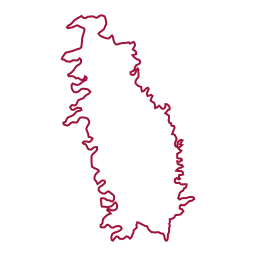 outline of Presidente Juscelino, Minas Gerais, Brazil
{"feature_id": "56859067B65313354012755", "entity_name": "Presidente Juscelino", "entity_type": "district", "adm_level": 2, "iso_a3": "BRA", "parent_name": "Brazil", "parent_adm1": "Minas Gerais", "projection": "natural_earth1", "projection_center": [-44.096, -18.713], "detail": "fine", "context": "isolated", "style": "outline", "palette": "rose", "viewbox_px": 256, "rotation_deg": 0, "n_neighbors": 0, "source": "geoboundaries", "source_scale": "gbopen_adm2", "svg_char_len": 5764}
<svg xmlns="http://www.w3.org/2000/svg" viewBox="0 0 256 256"><path d="M62.6,57.0L61.8,59.0L63.0,59.6L64.6,59.7L66.1,61.3L68.3,61.4L70.0,61.8L73.3,60.2L76.8,60.5L78.3,59.8L79.6,58.4L81.0,59.6L81.1,61.7L80.5,63.3L79.0,64.6L77.5,65.3L76.0,66.6L74.7,68.4L73.8,70.0L71.2,72.8L68.1,74.7L68.7,76.2L72.8,76.2L74.3,77.0L76.1,78.4L77.8,78.0L79.3,78.6L80.9,79.8L82.4,80.0L84.1,78.6L85.1,76.3L86.6,77.5L86.3,79.8L82.7,81.7L80.0,84.0L78.3,84.8L76.4,84.8L74.5,84.3L72.8,83.5L71.8,84.6L71.6,86.3L71.7,88.0L72.2,89.4L73.2,91.1L74.3,92.1L76.1,92.4L78.5,91.5L80.1,90.2L81.1,89.2L82.8,88.6L84.6,88.9L87.6,89.2L90.3,91.6L89.4,93.2L88.0,94.2L86.3,95.1L84.7,96.5L83.6,98.1L78.6,100.0L77.7,101.3L77.0,103.0L76.1,104.7L74.7,105.5L73.4,105.2L71.7,105.2L70.1,107.1L71.1,108.9L72.1,109.9L73.7,109.8L77.1,107.7L80.9,108.2L81.4,110.0L79.8,110.7L78.1,111.1L76.3,111.8L74.1,114.4L73.0,115.2L71.3,116.1L68.3,117.2L66.8,118.9L65.6,121.8L63.3,122.7L63.7,124.4L67.2,125.6L68.7,125.0L69.8,123.8L71.1,122.9L73.1,122.1L75.0,122.6L76.8,122.5L77.9,121.1L78.8,119.3L80.3,117.6L82.8,117.4L84.7,117.6L86.2,118.0L87.9,118.9L89.3,121.5L88.9,123.9L87.4,126.1L86.3,128.6L86.8,130.6L87.6,132.3L88.2,134.2L88.7,136.9L91.0,137.4L92.5,138.4L91.6,140.2L90.3,141.5L89.0,142.0L86.0,141.4L83.9,141.6L82.7,142.7L83.6,143.8L85.2,144.1L86.3,145.1L87.8,148.5L89.5,149.6L91.3,149.5L93.7,147.5L95.5,147.1L97.0,147.2L97.0,149.7L95.5,151.8L92.5,154.3L91.5,156.4L91.5,162.3L91.8,164.8L91.9,166.6L93.6,167.8L96.3,168.9L98.0,169.9L98.9,171.1L97.8,172.3L96.0,173.8L95.1,175.5L94.4,177.3L94.7,179.6L96.2,181.4L97.5,184.0L100.1,182.2L101.1,181.2L102.5,180.4L104.5,180.7L105.1,182.6L103.6,184.3L101.6,185.8L99.9,186.7L98.8,188.1L98.6,190.1L99.9,191.9L101.4,192.8L103.1,193.6L104.8,193.6L106.7,192.2L108.4,191.3L110.1,192.4L111.5,193.7L113.3,194.9L114.2,196.6L114.1,198.2L113.8,199.9L112.7,201.3L111.1,201.3L109.6,200.4L108.1,200.3L106.5,199.9L105.5,198.8L103.2,198.2L101.2,198.3L100.7,200.1L101.4,202.8L101.3,205.0L102.0,206.6L105.2,206.8L107.2,207.2L111.4,206.3L113.1,204.7L114.3,203.1L115.6,202.5L116.6,204.0L117.2,205.9L116.8,208.3L115.3,209.8L113.5,210.4L111.2,210.2L109.3,209.2L107.8,208.8L107.2,210.3L109.4,211.7L110.7,213.6L108.5,214.3L106.4,215.7L104.2,217.8L103.2,219.0L102.7,220.8L102.4,223.5L100.5,225.1L100.8,227.1L102.4,227.3L104.6,227.3L106.4,225.2L108.0,224.7L109.5,225.7L111.1,227.4L113.2,227.7L115.0,226.7L117.5,226.0L119.3,226.1L120.9,226.9L121.7,228.3L120.9,229.7L119.5,230.8L117.2,231.8L115.3,232.3L113.8,233.0L112.4,233.9L111.4,236.3L111.4,238.5L111.8,240.1L113.0,240.6L115.1,237.7L116.6,236.4L118.3,236.9L119.5,238.6L121.1,238.9L122.9,238.9L124.3,238.2L125.3,237.2L126.6,236.3L128.4,237.0L130.0,238.6L131.9,236.7L132.3,234.6L133.2,233.4L133.8,230.0L135.4,228.9L136.8,227.5L136.4,225.0L137.3,222.3L139.2,222.8L140.7,223.7L145.1,225.9L146.8,226.1L148.8,229.7L151.4,232.1L155.5,232.5L157.7,232.1L159.2,232.5L160.7,233.3L162.8,233.7L164.2,235.4L164.7,238.5L165.7,240.6L167.2,240.3L167.8,238.0L167.9,234.8L168.8,232.4L169.2,230.5L169.0,228.3L169.8,226.1L169.3,223.7L169.9,221.7L169.8,219.2L171.9,218.8L174.2,217.6L175.4,215.2L179.2,214.7L180.7,214.3L183.4,211.2L182.1,209.3L179.7,208.5L179.8,206.0L181.1,204.8L183.0,205.2L184.7,205.1L189.4,201.1L191.9,200.7L194.2,199.0L193.7,197.5L191.8,197.0L189.7,197.0L186.4,198.0L185.0,198.2L183.4,198.0L181.6,198.5L179.6,199.5L178.2,198.2L179.0,196.0L179.8,192.9L181.4,191.4L183.1,190.6L184.1,188.3L185.9,187.5L186.5,185.9L186.5,184.3L184.7,184.2L182.4,184.5L180.7,184.2L179.4,182.8L176.2,183.1L174.8,181.9L175.0,179.1L176.7,178.1L178.7,179.4L180.0,178.9L178.8,177.0L179.3,174.9L181.5,175.0L183.2,174.4L182.7,172.0L181.3,171.1L177.8,171.0L176.2,170.7L177.5,169.2L178.8,168.3L180.9,167.7L182.9,166.6L182.2,165.2L180.4,164.9L178.7,164.4L177.6,163.6L177.3,161.3L179.3,161.8L182.0,160.1L181.2,158.6L179.2,158.6L177.3,158.0L177.2,156.2L177.2,153.8L180.0,152.3L181.3,150.6L179.7,149.8L178.5,148.6L179.4,147.0L180.8,146.3L182.2,145.0L180.1,144.2L181.1,142.5L182.5,140.4L180.9,139.8L179.2,140.8L177.9,142.0L177.6,144.3L177.2,147.1L175.6,146.3L175.1,144.9L175.1,142.9L176.6,138.8L175.6,136.5L174.8,135.0L173.4,134.3L172.1,134.1L172.9,131.8L174.6,127.8L174.0,126.1L171.5,125.7L171.0,123.3L169.4,122.8L168.6,120.1L169.0,117.5L168.9,115.6L165.2,113.2L166.4,112.1L167.5,110.4L169.7,109.3L169.5,107.0L168.7,105.7L167.3,104.4L165.4,104.1L165.4,106.5L164.5,108.2L163.2,108.9L161.6,108.4L160.5,106.9L159.2,105.7L157.1,107.4L155.2,108.1L155.0,105.6L154.3,103.0L150.6,100.7L151.2,98.6L152.6,96.1L151.1,94.8L149.4,95.6L147.5,95.9L146.9,93.9L147.2,92.3L148.0,90.8L148.7,89.0L147.9,87.7L146.2,88.4L144.8,90.1L143.5,91.1L141.9,91.4L141.4,89.1L141.3,87.0L138.3,85.9L137.0,84.9L135.6,83.4L135.4,81.6L136.3,79.6L138.3,77.1L138.6,75.6L138.3,71.3L138.5,69.8L137.7,68.5L136.3,69.9L135.7,72.1L134.9,73.8L133.4,75.0L132.0,74.9L130.7,74.3L130.5,72.3L132.2,71.3L133.6,70.8L134.4,69.5L135.0,67.5L136.1,65.4L139.5,63.6L140.3,62.0L139.2,59.8L136.7,59.2L134.0,57.1L132.5,55.2L136.3,54.1L136.0,51.9L134.6,50.5L132.8,49.4L135.0,45.4L134.7,43.4L133.6,41.9L129.8,43.6L128.9,42.4L124.3,43.0L122.1,43.1L119.9,43.6L117.9,44.3L116.1,44.5L114.3,42.5L113.4,39.6L113.0,37.2L112.0,35.5L110.5,36.8L108.9,38.4L107.1,38.4L105.3,38.0L101.8,36.6L100.5,35.9L99.3,34.8L98.5,33.4L99.7,32.3L101.1,31.5L104.0,29.1L104.7,27.6L105.4,25.7L106.2,24.2L106.2,22.3L105.4,18.2L104.5,16.3L102.2,15.4L99.8,15.6L98.3,17.0L96.6,17.8L94.9,17.3L93.5,16.5L91.5,16.4L87.7,16.8L86.5,17.7L85.1,18.2L83.3,17.8L81.5,15.9L80.0,17.0L78.4,17.7L74.5,20.2L73.3,21.4L71.4,23.6L70.0,24.7L68.3,25.5L66.9,27.4L68.2,28.2L70.1,27.7L71.9,27.5L77.1,25.3L78.7,26.0L80.3,26.9L82.3,27.6L84.4,28.8L84.3,30.9L82.5,36.9L82.1,39.0L82.1,40.7L81.3,47.2L79.9,48.5L76.1,49.6L72.8,50.9L68.1,52.2L66.4,52.4L65.2,53.3L62.6,57.0Z" fill="none" stroke="#9f1239" stroke-width="2"/></svg>